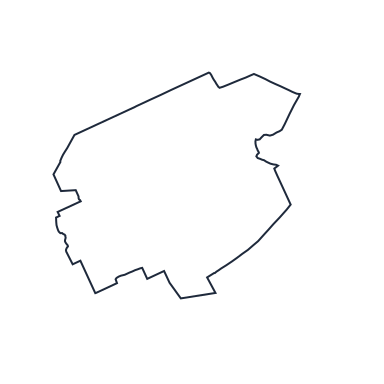 Kaoh Andaet, Takêv, Cambodia (Equal Earth projection), rotated 245°
{"feature_id": "14789045B5776655612798", "entity_name": "Kaoh Andaet", "entity_type": "district", "adm_level": 2, "iso_a3": "KHM", "parent_name": "Cambodia", "parent_adm1": "Takêv", "projection": "equal_earth", "projection_center": [104.923, 10.741], "detail": "fine", "context": "isolated", "style": "outline", "palette": "slate", "viewbox_px": 384, "rotation_deg": 245, "n_neighbors": 0, "source": "geoboundaries", "source_scale": "gbopen_adm2", "svg_char_len": 2122}
<svg xmlns="http://www.w3.org/2000/svg" viewBox="0 0 384 384"><g transform="rotate(245 192 192)"><path d="M141.2,61.6L141.1,62.5L141.1,85.5L145.2,85.9L146.0,87.3L146.3,89.8L146.2,92.2L145.4,96.1L145.4,98.8L145.4,101.3L145.2,104.2L145.2,107.5L144.9,110.0L144.7,112.8L144.3,114.8L132.2,114.7L132.2,133.3L119.2,133.3L100.3,136.9L90.6,170.6L108.2,169.6L109.2,177.7L108.9,178.4L109.5,180.6L109.8,183.0L110.4,186.2L111.1,192.0L112.2,199.0L113.3,204.9L114.7,211.4L115.9,218.2L117.8,224.8L119.5,231.1L121.2,235.1L123.5,240.5L125.4,245.1L128.5,252.2L131.9,260.8L136.0,270.3L138.9,276.1L166.7,276.2L170.4,276.2L176.1,276.3L178.5,276.5L179.1,279.3L179.3,280.3L179.5,281.1L181.1,279.8L182.6,277.4L184.6,275.0L186.4,273.5L188.1,272.1L190.4,270.7L191.6,269.2L193.3,267.7L195.0,265.9L197.1,265.4L198.3,266.7L199.2,269.2L200.4,269.3L201.9,269.1L203.8,269.3L205.0,269.2L207.0,269.5L209.0,270.0L211.1,270.9L212.7,272.1L211.6,273.4L211.1,275.6L212.2,278.2L213.3,281.3L212.5,283.5L210.2,286.4L209.7,289.6L210.2,293.8L210.1,297.0L210.5,299.7L214.3,304.7L221.6,313.5L227.7,321.2L233.2,329.0L235.2,331.2L235.9,329.9L236.9,328.4L238.3,327.1L240.4,325.2L243.4,322.8L246.6,320.1L250.2,317.1L254.4,313.4L259.1,309.4L263.2,306.3L268.1,302.2L272.8,298.0L272.9,294.6L273.0,289.0L273.4,283.6L273.7,277.1L274.0,269.9L274.3,264.6L274.8,261.0L275.3,260.8L276.3,260.3L277.9,260.1L279.7,259.8L282.2,259.6L284.5,259.2L286.8,259.0L290.0,258.9L292.2,258.5L293.1,257.7L293.3,216.4L293.2,204.7L293.3,192.9L293.3,177.8L293.2,176.3L293.3,145.4L293.4,109.6L284.5,97.4L282.3,93.9L280.3,90.9L278.2,88.3L275.8,85.7L274.8,85.4L266.5,73.9L248.2,73.7L242.8,87.4L236.0,87.3L235.0,86.9L234.3,86.6L233.0,86.5L232.0,87.1L230.6,87.2L230.7,61.8L226.3,61.9L226.3,58.0L225.3,57.6L223.7,56.9L221.7,56.1L219.2,55.2L216.9,54.8L214.3,54.5L212.4,54.5L210.3,55.3L209.7,56.9L208.2,57.6L207.3,58.5L206.0,58.8L205.2,58.4L204.3,58.3L203.6,57.9L202.2,56.7L201.2,56.1L200.1,56.0L198.4,56.2L197.4,56.5L196.1,56.8L195.0,56.5L194.7,55.6L194.1,54.7L193.3,53.8L192.6,53.2L191.0,52.8L189.8,52.9L189.0,52.9L176.9,53.3L176.9,61.8L141.2,61.6Z" fill="none" stroke="#1e293b" stroke-width="2"/></g></svg>